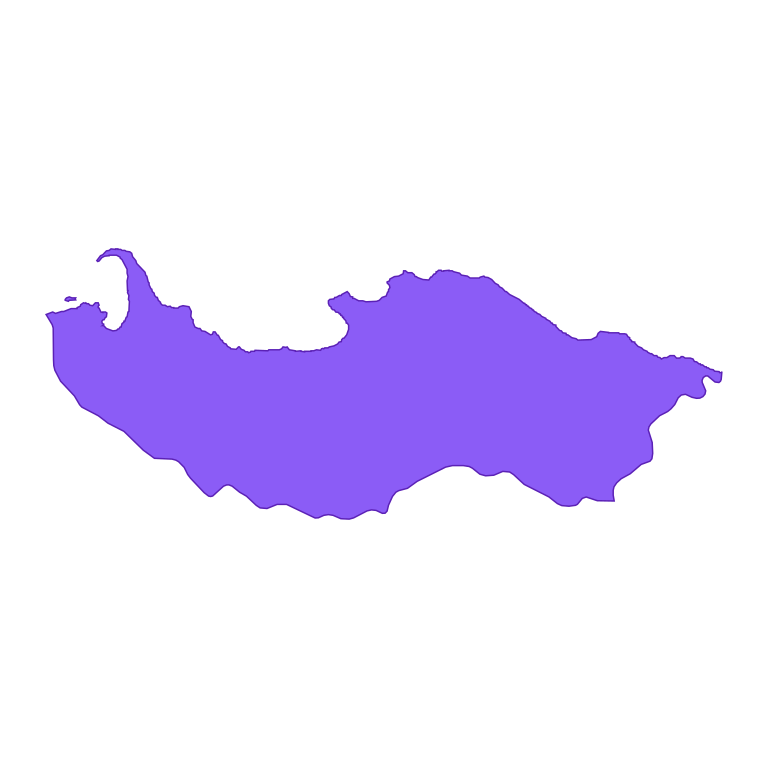 the district of Miches, El Seybo, Dominican Republic
{"feature_id": "3306468B50398630049357", "entity_name": "Miches", "entity_type": "district", "adm_level": 2, "iso_a3": "DOM", "parent_name": "Dominican Republic", "parent_adm1": "El Seybo", "projection": "mercator", "projection_center": [-69.004, 18.966], "detail": "fine", "context": "isolated", "style": "filled", "palette": "violet", "viewbox_px": 768, "rotation_deg": 0, "n_neighbors": 0, "source": "geoboundaries", "source_scale": "gbopen_adm2", "svg_char_len": 6086}
<svg xmlns="http://www.w3.org/2000/svg" viewBox="0 0 768 768"><path d="M721.9,371.6L721.5,372.6L719.6,372.6L719.1,371.6L714.6,371.2L713.2,369.7L710.0,369.2L708.2,367.8L706.8,367.8L706.3,366.8L704.9,366.8L702.6,364.9L700.8,364.9L700.4,363.9L699.0,363.9L696.7,361.9L694.4,361.5L693.0,359.0L690.3,358.1L685.2,358.1L682.9,356.6L681.1,356.6L680.6,357.6L679.3,358.1L676.5,358.1L674.2,355.6L670.1,355.6L666.9,357.6L664.1,357.6L661.4,359.0L660.0,357.6L657.7,357.1L656.8,355.6L654.0,355.6L651.7,353.7L650.4,353.7L647.6,352.2L647.1,351.3L643.5,349.8L641.6,347.9L638.0,346.4L634.8,343.0L634.8,342.1L631.6,341.6L631.6,340.6L629.7,339.1L629.7,337.7L627.9,336.7L626.5,334.3L624.7,333.8L619.6,333.8L618.7,332.8L608.6,332.8L608.6,332.4L600.4,331.4L598.1,333.3L596.7,336.7L591.2,339.6L577.9,340.1L576.1,338.7L571.9,337.7L567.8,334.8L566.4,334.8L566.0,333.3L562.8,332.8L561.4,330.9L559.6,330.4L555.9,326.5L555.9,325.1L553.1,324.6L552.2,323.1L551.3,323.1L549.9,321.2L546.2,319.3L545.8,318.3L541.7,316.4L539.8,314.4L537.1,313.4L536.6,312.5L534.3,311.5L533.4,310.0L532.5,310.0L531.6,308.6L529.3,307.6L528.4,306.2L527.5,306.2L526.5,304.7L525.6,304.7L524.7,303.3L523.8,303.3L519.2,299.4L509.6,294.5L506.4,291.6L505.4,291.6L502.2,288.2L499.5,286.8L498.1,284.8L495.3,283.4L491.7,279.5L488.0,277.5L484.8,277.1L483.9,276.1L480.2,277.1L479.3,278.0L470.1,278.0L467.4,276.1L461.4,275.1L459.6,273.2L453.6,271.7L452.2,270.8L449.0,270.8L449.0,270.3L443.5,270.8L443.5,271.2L441.7,271.2L441.2,270.3L438.5,270.3L437.1,271.7L436.2,271.7L436.2,272.7L434.8,274.1L433.9,274.1L431.6,277.1L430.7,277.1L428.8,280.0L422.9,279.5L417.4,277.5L416.5,276.6L415.1,276.6L414.2,274.6L411.9,272.7L407.8,272.7L405.5,270.8L403.6,270.8L403.2,273.7L398.6,276.1L394.4,276.6L389.9,279.0L389.4,280.9L387.1,281.9L387.1,282.9L389.4,285.3L389.9,287.7L388.5,289.7L388.5,291.6L387.6,292.1L386.2,296.0L382.1,297.4L379.3,300.3L376.6,301.3L366.0,301.8L362.8,300.8L358.7,300.8L354.1,298.4L352.7,298.4L352.7,296.9L350.4,296.5L349.1,293.6L347.2,291.6L341.7,294.5L341.3,295.5L339.4,295.5L336.2,297.4L334.8,297.4L333.9,298.9L329.8,299.4L328.4,300.8L328.4,303.3L329.3,305.7L331.2,307.1L331.2,308.1L332.5,309.6L334.4,310.0L335.7,312.0L338.5,312.5L339.4,313.9L340.3,313.9L340.8,315.4L341.7,315.4L342.6,317.3L343.5,317.3L343.5,318.3L345.8,320.7L346.3,323.1L347.2,323.1L348.6,325.1L348.6,329.4L346.7,334.8L344.0,338.2L343.1,338.2L341.7,339.6L341.3,341.6L339.0,342.1L337.6,344.0L333.9,345.9L329.3,346.9L328.0,347.9L324.7,347.9L323.8,348.8L322.9,348.4L321.5,348.8L320.6,350.3L316.5,349.8L313.7,350.8L311.0,350.8L311.0,351.3L304.6,351.3L304.6,351.8L300.9,351.3L300.9,350.8L295.4,351.3L295.4,350.8L289.4,349.8L287.1,346.9L286.2,347.4L283.0,346.9L281.6,348.8L279.3,349.8L268.8,349.8L267.9,350.8L255.0,350.3L254.6,351.3L250.9,351.3L250.4,352.2L248.6,352.7L247.7,351.8L245.4,351.8L244.0,350.3L241.3,349.3L239.4,346.9L238.5,346.9L236.2,349.3L230.7,348.8L230.3,347.9L227.5,346.4L226.1,344.0L224.3,343.5L222.5,341.6L222.5,340.6L220.6,339.6L218.3,335.3L217.4,335.3L215.1,331.9L213.3,331.9L212.4,334.3L210.5,334.8L205.0,331.4L201.8,330.9L200.0,328.5L198.2,328.5L194.9,327.0L193.1,322.7L193.1,319.7L192.2,319.3L190.8,316.4L191.3,311.5L189.0,306.7L183.0,305.7L179.4,306.7L178.0,308.1L173.8,308.1L173.8,307.6L171.6,307.6L170.2,306.2L167.4,306.7L165.1,305.2L162.4,305.2L160.5,303.3L160.5,302.3L158.3,300.3L157.3,297.4L156.4,297.4L154.6,295.5L154.1,293.1L152.3,291.6L151.8,289.2L150.9,288.7L149.1,284.8L149.1,282.9L148.2,281.9L146.8,276.1L145.9,275.6L145.0,272.2L136.7,263.5L135.8,260.6L132.6,256.7L131.7,253.3L129.8,251.8L126.2,251.3L124.8,250.4L122.0,250.4L120.7,249.4L117.9,249.4L117.9,248.9L115.6,248.9L115.6,249.4L111.0,248.9L109.2,250.4L106.4,250.9L102.8,254.7L100.5,255.7L96.8,260.6L97.7,261.5L99.1,261.0L101.8,257.7L104.6,256.2L109.2,255.7L109.2,255.2L116.5,255.2L120.2,257.2L120.2,258.1L122.0,259.6L127.1,269.3L127.1,273.2L128.0,276.6L127.1,280.9L127.5,290.6L128.0,290.6L127.5,292.6L128.9,295.5L128.4,299.4L129.4,301.3L128.9,311.5L128.0,312.0L127.1,316.8L126.2,317.3L124.8,321.2L123.9,321.2L123.9,322.2L122.0,323.6L121.1,327.0L120.2,327.0L118.8,329.0L117.9,329.0L116.5,330.4L112.9,330.9L106.4,328.5L103.7,325.6L102.8,325.6L103.7,325.1L103.7,324.1L102.3,323.6L101.8,321.2L103.2,319.7L104.1,319.7L105.1,317.8L106.4,316.8L106.9,313.0L105.5,312.0L102.8,312.0L102.8,312.5L100.9,312.0L99.1,308.1L98.2,307.6L98.2,306.2L99.1,305.2L98.2,302.8L95.4,302.8L92.7,305.7L89.9,305.2L88.5,303.7L86.7,303.7L85.8,302.8L85.3,303.3L83.5,302.8L80.7,304.7L80.3,306.2L77.1,307.6L77.1,308.6L71.1,308.6L63.8,311.5L61.5,311.5L55.5,313.4L52.7,312.0L46.1,314.5L52.2,324.7L53.2,328.0L53.5,359.5L53.8,365.7L54.9,370.3L60.6,381.2L74.4,395.9L79.6,404.7L81.8,407.1L98.4,415.8L108.0,423.2L123.9,431.3L143.4,450.3L154.4,458.3L172.0,459.1L175.8,460.1L178.6,461.7L184.2,467.4L187.7,474.5L190.6,478.3L204.2,492.7L208.6,496.1L210.7,496.5L212.7,496.0L223.5,486.2L226.7,484.9L229.0,484.9L232.2,486.2L239.6,492.2L246.5,496.2L256.2,505.3L260.1,507.9L267.0,508.5L277.1,504.4L286.6,504.4L315.1,518.0L318.4,517.8L323.9,515.3L328.4,514.6L333.0,515.3L340.9,518.7L349.2,519.1L353.6,517.9L367.1,510.9L371.5,509.9L376.1,510.4L382.3,513.3L385.1,513.2L387.1,511.1L388.5,505.2L392.5,496.4L395.9,492.2L398.8,490.6L407.5,488.3L417.2,481.3L445.6,467.1L452.4,465.6L463.4,465.6L469.2,466.5L472.4,468.2L479.9,474.2L485.6,475.8L493.8,475.2L502.8,471.4L509.7,472.0L513.6,474.6L524.2,484.4L548.9,496.9L557.4,503.6L561.8,505.6L569.0,506.2L575.6,505.3L577.4,504.3L582.3,498.4L586.2,497.0L597.3,500.7L614.2,501.0L613.2,495.1L613.2,490.3L614.0,486.8L616.7,482.8L621.2,478.7L630.3,473.7L641.2,464.4L650.0,461.2L651.9,458.8L652.7,453.4L652.2,442.5L648.3,430.1L649.0,426.8L650.9,423.9L659.6,415.7L667.7,411.5L671.1,408.7L674.8,404.5L678.2,397.8L681.3,395.0L685.5,394.3L692.0,397.3L696.5,398.3L699.9,398.1L702.9,396.6L705.0,394.1L705.7,390.8L702.2,382.4L702.1,380.3L703.3,377.5L705.7,375.9L707.8,376.0L715.0,382.0L718.9,382.5L720.5,381.2L721.2,379.4L721.9,371.6ZM69.3,296.9L66.5,297.9L65.2,299.4L65.2,300.3L68.4,301.3L69.3,300.3L75.7,299.9L75.2,298.9L75.7,297.9L72.0,297.9L69.3,296.9Z" fill="#8b5cf6" stroke="#5b21b6" stroke-width="1.5"/></svg>